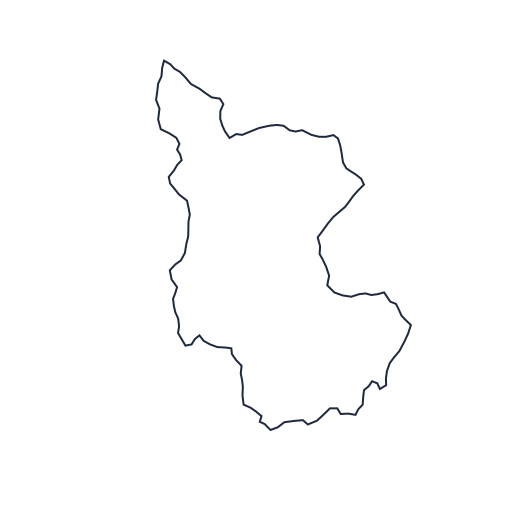 Caetanópolis, Minas Gerais, Brazil, rotated 210°
{"feature_id": "56859067B14008034033738", "entity_name": "Caetanópolis", "entity_type": "district", "adm_level": 2, "iso_a3": "BRA", "parent_name": "Brazil", "parent_adm1": "Minas Gerais", "projection": "albers", "projection_center": [-44.4, -19.341], "detail": "fine", "context": "isolated", "style": "outline", "palette": "slate", "viewbox_px": 512, "rotation_deg": 210, "n_neighbors": 0, "source": "geoboundaries", "source_scale": "gbopen_adm2", "svg_char_len": 2078}
<svg xmlns="http://www.w3.org/2000/svg" viewBox="0 0 512 512"><g transform="rotate(210 256 256)"><path d="M433.3,379.2L431.3,372.0L427.7,364.3L426.9,356.2L423.6,348.7L420.6,341.2L413.3,335.4L409.0,325.3L401.9,318.2L391.9,318.9L384.0,318.5L378.4,314.8L377.5,308.6L372.5,306.0L368.3,301.8L369.8,295.5L369.8,288.9L371.1,280.9L366.6,275.8L360.6,273.6L353.5,270.8L343.4,269.4L337.6,263.0L334.0,258.7L331.7,252.1L327.6,244.7L324.4,238.8L322.3,231.4L319.1,223.1L318.8,214.7L321.7,208.3L323.5,200.5L317.3,193.4L308.8,189.6L307.4,183.7L306.4,177.4L302.0,171.5L297.6,166.8L292.0,162.8L287.4,156.5L285.0,150.3L278.3,146.5L272.3,143.1L267.6,147.2L267.4,153.5L265.3,159.0L258.8,156.3L251.2,156.5L243.9,157.8L236.6,161.5L231.2,163.7L227.8,159.0L221.2,155.9L213.6,153.7L210.4,146.5L206.0,141.6L201.9,136.0L198.0,128.5L192.4,121.1L184.7,121.9L178.3,121.3L171.2,120.1L169.8,114.3L164.4,114.8L156.5,112.6L151.5,118.5L148.3,126.3L140.0,132.6L133.3,137.3L126.9,136.0L120.9,143.8L118.4,151.7L115.8,161.0L109.5,164.7L103.6,161.5L97.4,165.6L90.4,168.2L90.8,174.4L89.3,180.6L92.9,188.0L95.4,193.9L93.3,199.5L92.8,205.6L87.3,206.4L82.2,202.8L78.7,209.2L82.2,214.8L85.1,221.9L86.6,230.1L85.8,237.2L84.3,245.4L84.7,256.3L85.5,265.0L87.3,273.6L93.7,275.2L100.2,277.1L105.4,280.9L110.8,284.5L116.9,283.6L126.9,288.5L131.4,283.9L136.6,279.9L142.5,278.3L147.5,274.6L153.1,268.4L161.2,265.2L169.8,263.6L179.6,266.2L182.8,275.5L189.8,281.7L197.1,286.7L201.9,289.5L205.3,296.4L211.9,303.0L210.9,311.0L210.0,320.1L208.5,328.7L205.9,336.0L203.4,343.1L202.5,349.9L201.9,356.2L200.4,363.6L198.2,371.8L203.6,375.5L210.6,376.5L216.2,376.7L221.6,377.1L227.4,380.5L233.3,387.9L238.3,393.8L243.8,398.8L249.4,399.4L255.0,394.2L261.2,390.7L268.7,388.6L279.0,388.0L283.9,383.6L289.7,381.7L297.2,382.6L303.5,379.9L309.7,375.4L317.3,368.4L323.5,360.5L328.5,354.0L334.1,351.7L337.9,345.0L345.2,348.4L350.1,351.9L355.5,356.8L359.3,363.6L360.2,371.2L366.0,374.2L373.7,371.2L381.6,371.8L388.4,372.6L398.3,372.4L407.2,375.6L414.0,377.4L420.2,377.4L426.2,379.2L433.3,379.2Z" fill="none" stroke="#1e293b" stroke-width="2"/></g></svg>